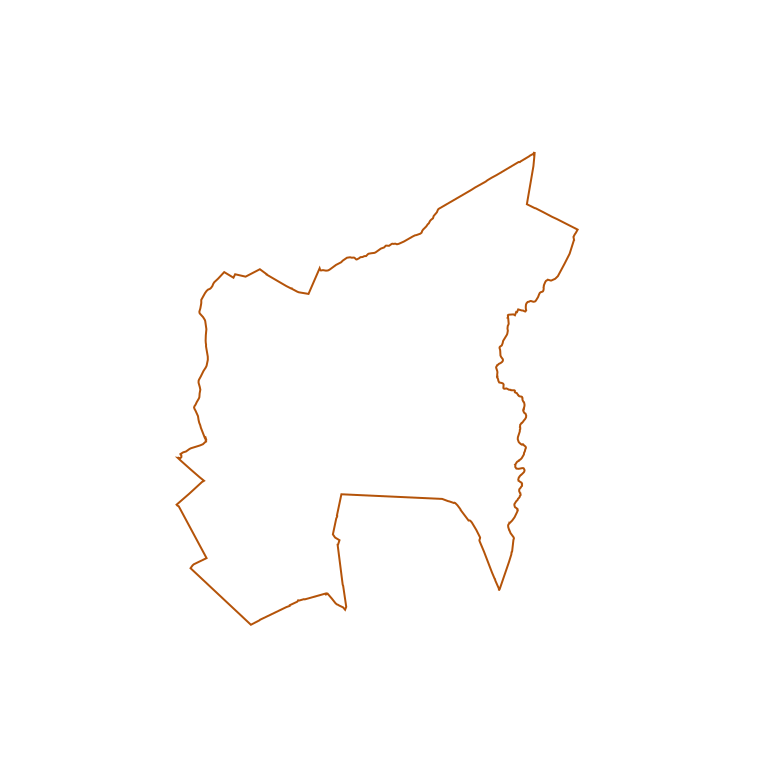 the district of Nieuwkoop, Zuid-Holland, Netherlands, rotated 299°
{"feature_id": "6326949B12363687207938", "entity_name": "Nieuwkoop", "entity_type": "district", "adm_level": 2, "iso_a3": "NLD", "parent_name": "Netherlands", "parent_adm1": "Zuid-Holland", "projection": "equal_earth", "projection_center": [4.798, 52.168], "detail": "fine", "context": "isolated", "style": "outline", "palette": "amber", "viewbox_px": 768, "rotation_deg": 299, "n_neighbors": 0, "source": "geoboundaries", "source_scale": "gbopen_adm2", "svg_char_len": 6142}
<svg xmlns="http://www.w3.org/2000/svg" viewBox="0 0 768 768"><g transform="rotate(299 384 384)"><path d="M232.9,245.4L228.9,243.5L226.9,241.5L224.0,239.9L223.5,240.5L223.4,241.3L221.9,242.2L220.2,241.8L220.1,241.1L219.8,240.9L219.9,240.1L219.6,240.0L219.4,239.5L218.5,243.1L215.6,256.0L213.0,268.3L212.1,273.5L210.0,272.3L193.5,266.8L177.9,261.1L177.5,262.2L177.5,263.8L145.7,313.2L134.0,305.0L132.4,304.5L129.1,304.1L108.9,384.3L117.0,389.7L117.6,389.8L121.1,392.3L141.6,406.8L144.2,409.1L144.8,408.8L151.6,413.7L153.2,413.8L153.2,414.2L153.5,414.8L157.0,418.3L157.2,419.1L172.6,434.7L171.8,435.2L172.2,435.7L173.3,436.3L170.9,442.7L168.7,448.0L168.4,449.9L168.6,450.9L168.5,452.3L168.8,456.5L167.7,459.4L170.8,459.0L187.7,446.1L188.4,445.2L220.9,421.4L221.1,421.7L225.8,420.8L226.0,415.6L227.7,412.2L243.3,407.4L245.3,407.3L246.0,407.0L246.1,406.6L266.9,400.2L311.7,490.6L312.6,496.7L312.9,497.8L313.0,498.1L313.8,502.8L314.3,503.1L314.4,504.1L313.6,506.9L311.9,510.7L311.3,511.9L311.0,512.0L305.8,523.7L305.6,524.1L305.9,524.4L306.2,525.2L306.2,525.9L305.5,527.9L301.1,535.5L296.6,542.1L296.3,542.5L295.2,542.9L293.7,543.1L292.8,543.9L285.8,552.8L271.6,569.7L267.2,575.3L267.2,575.7L266.1,576.6L261.1,583.2L260.5,583.9L259.1,584.6L260.8,584.6L288.9,579.6L296.6,578.0L298.8,577.1L299.2,577.3L300.0,577.1L310.6,572.7L311.7,572.6L312.5,572.0L312.9,571.4L314.9,567.0L317.1,564.3L317.0,564.2L319.1,562.0L320.7,561.0L322.0,561.0L323.6,561.4L323.7,561.2L323.9,561.5L326.7,562.3L330.7,562.8L336.2,562.5L338.3,562.3L339.1,561.6L339.0,561.4L339.4,561.3L339.7,559.8L339.7,558.7L339.9,558.1L341.1,556.9L342.1,556.3L345.7,556.5L347.0,557.0L348.7,556.9L349.9,557.3L351.2,557.4L351.8,557.1L353.2,557.3L354.3,556.4L354.2,556.3L355.8,554.2L357.1,553.5L357.9,553.4L359.6,553.8L360.8,553.8L361.7,554.1L362.7,553.7L363.3,553.0L363.8,553.0L364.4,552.1L364.4,550.5L364.7,548.8L364.6,548.6L365.4,547.8L367.7,547.2L368.6,547.5L369.2,547.4L371.0,547.9L371.1,548.1L374.6,549.1L375.5,549.1L376.8,548.7L377.9,547.2L377.9,546.6L377.3,545.5L375.1,542.9L374.2,540.8L375.1,539.0L376.6,538.3L376.9,537.8L377.2,538.0L377.9,537.9L380.4,538.1L381.4,538.6L381.8,539.0L382.5,539.3L382.7,539.1L384.4,540.0L385.9,540.4L390.2,540.5L391.6,539.9L393.5,539.8L395.5,539.2L396.4,539.2L397.4,538.8L397.6,538.5L397.9,538.0L398.1,536.9L398.2,536.3L398.5,535.3L398.3,535.3L398.3,534.2L397.8,534.0L397.8,532.7L398.3,530.7L398.6,529.9L400.6,527.7L402.4,526.9L408.2,525.8L410.1,524.9L410.7,525.0L412.0,524.2L412.2,523.7L413.2,523.5L414.2,522.9L416.6,523.2L416.7,523.5L418.9,524.0L419.5,523.9L421.6,524.4L423.7,524.4L425.3,523.7L426.7,522.1L426.7,520.9L427.6,519.3L428.7,518.6L429.4,518.7L429.9,518.5L429.6,518.2L432.3,517.7L433.8,517.1L435.3,515.9L436.0,515.1L436.0,514.6L437.1,513.0L438.4,512.0L438.8,512.0L439.6,510.9L439.6,510.4L439.0,508.7L438.9,507.9L439.1,507.2L439.5,506.7L439.4,506.4L440.4,504.7L440.2,502.9L440.3,502.4L441.5,501.8L441.7,501.2L441.2,500.1L440.2,498.3L440.1,497.8L440.3,497.6L440.2,497.3L439.6,496.1L439.5,493.3L438.2,491.6L438.1,491.1L438.4,490.3L441.5,488.9L441.9,488.3L442.1,487.7L442.0,486.6L441.2,484.0L442.3,482.4L443.6,481.4L444.0,480.7L444.3,480.5L444.5,479.8L445.2,479.3L445.5,479.6L445.8,479.5L446.5,478.7L449.1,477.6L450.1,476.9L452.6,474.2L453.1,473.9L455.2,473.9L455.2,474.1L457.3,474.7L458.8,475.8L460.6,476.6L461.8,476.7L462.7,476.4L463.4,475.7L464.3,473.6L465.3,472.1L469.3,469.6L470.5,468.7L471.0,468.0L472.1,467.3L473.0,467.4L474.8,468.3L477.1,468.0L479.5,467.3L486.4,467.6L487.6,467.5L490.6,466.5L492.4,465.1L494.8,464.1L496.5,464.0L497.2,463.8L501.8,460.7L502.0,460.4L501.9,460.0L503.0,459.9L504.2,459.0L504.8,459.2L505.4,460.0L507.6,463.4L507.6,465.2L511.1,464.7L511.3,465.5L514.3,465.2L515.1,468.8L515.7,470.1L515.7,471.7L516.0,472.5L517.5,472.6L518.1,471.9L520.0,470.7L522.2,469.7L523.6,469.5L525.4,469.9L526.5,471.1L527.4,471.7L527.8,472.2L528.3,474.6L528.6,475.2L529.5,476.1L530.4,476.4L534.7,476.6L537.5,476.2L539.2,476.1L540.3,476.6L541.7,477.9L542.4,478.1L543.7,477.9L545.5,477.1L545.8,476.7L547.4,476.3L547.7,476.0L551.3,475.6L552.8,475.7L553.5,476.2L554.6,476.6L555.4,479.9L555.8,480.3L559.0,482.7L562.6,483.8L576.7,483.6L587.9,483.2L601.7,480.4L602.0,480.5L604.5,478.4L607.3,478.3L609.2,478.5L612.9,478.5L612.1,455.3L611.7,450.0L611.5,440.1L611.2,431.3L610.9,430.6L610.5,421.8L646.9,409.1L654.0,406.0L657.4,404.5L657.2,404.3L659.1,403.7L658.9,403.0L657.8,403.1L654.6,401.0L653.4,400.5L644.8,395.5L643.9,395.2L643.4,394.1L621.2,381.1L616.7,378.2L612.4,375.7L610.3,374.8L600.2,368.5L596.3,366.4L563.5,346.8L562.3,346.7L559.8,347.0L555.1,346.0L552.6,346.5L550.6,345.6L548.9,345.2L546.2,345.3L544.9,344.8L542.4,344.6L537.9,343.3L536.3,343.2L534.6,343.5L533.1,342.9L529.9,340.1L529.0,339.0L526.8,337.5L518.2,332.3L513.8,329.0L512.5,327.6L512.2,325.8L511.2,324.5L510.7,323.2L510.2,322.8L507.3,321.4L506.2,319.0L505.8,318.5L503.5,317.9L500.9,315.6L495.0,312.8L494.0,312.0L492.2,309.5L490.5,307.4L489.8,307.0L487.2,306.3L486.3,304.8L484.7,303.7L483.5,301.9L482.0,301.3L479.7,299.8L479.5,299.1L480.0,297.4L480.0,296.4L478.8,294.5L478.4,292.9L476.5,290.4L471.9,288.1L469.7,287.5L464.9,284.3L457.5,280.9L456.1,279.9L455.0,278.3L454.0,275.4L452.7,273.8L452.9,272.8L454.0,271.6L426.2,274.3L422.9,265.0L422.7,263.5L422.6,257.3L422.9,256.9L422.5,256.5L422.3,251.1L422.8,228.7L422.8,228.3L423.1,228.3L424.2,219.8L410.8,210.9L407.8,200.6L404.0,200.8L404.4,190.0L395.6,187.8L390.7,186.2L388.9,186.1L386.4,186.4L384.1,186.1L382.8,185.6L381.2,184.3L379.3,183.7L376.7,183.4L369.0,183.4L366.3,184.9L364.7,185.5L361.1,186.7L357.9,187.4L357.1,187.9L356.4,188.6L354.8,193.3L353.2,196.2L352.4,197.1L345.8,202.1L340.3,204.5L335.4,207.0L333.4,208.3L332.3,209.2L330.6,210.1L322.5,216.6L319.7,218.2L313.9,220.0L312.0,220.1L308.0,219.8L301.7,220.1L298.1,220.1L296.9,220.3L295.2,221.2L292.1,224.3L290.0,226.1L286.4,227.3L283.0,228.9L281.6,229.1L277.2,229.0L274.7,229.2L272.5,229.0L271.3,229.3L270.1,230.7L269.5,231.8L265.7,236.9L262.7,239.2L260.6,241.1L258.9,243.2L257.0,245.0L250.1,253.3L250.8,253.7L249.1,255.5L248.6,255.1L247.4,256.3L246.6,255.8L243.5,254.8L242.9,254.3L241.0,252.8L234.2,246.3L232.9,245.4Z" fill="none" stroke="#b45309" stroke-width="2"/></g></svg>